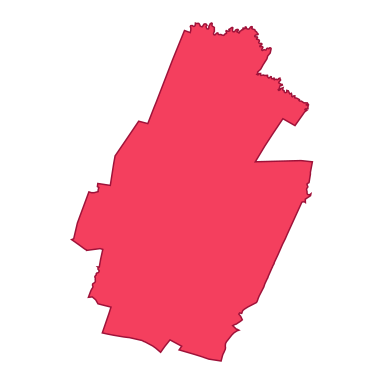 Ineu, Arad, Romania (Robinson projection)
{"feature_id": "2599482B55200534476626", "entity_name": "Ineu", "entity_type": "district", "adm_level": 2, "iso_a3": "ROU", "parent_name": "Romania", "parent_adm1": "Arad", "projection": "robinson", "projection_center": [21.871, 46.429], "detail": "fine", "context": "isolated", "style": "filled", "palette": "rose", "viewbox_px": 384, "rotation_deg": 0, "n_neighbors": 0, "source": "geoboundaries", "source_scale": "gbopen_adm2", "svg_char_len": 5755}
<svg xmlns="http://www.w3.org/2000/svg" viewBox="0 0 384 384"><path d="M221.1,361.0L222.4,356.0L222.9,354.4L224.0,352.2L225.3,349.2L225.5,347.7L225.3,346.1L225.4,344.8L225.5,343.6L226.5,341.7L227.7,340.2L231.8,335.0L233.9,332.9L236.9,330.9L238.9,330.2L237.0,329.2L236.4,329.2L232.7,325.6L235.1,324.4L236.2,324.1L240.7,321.1L242.3,319.8L240.7,316.4L238.8,314.1L239.6,312.9L241.7,313.4L242.7,310.6L244.3,309.2L247.8,307.0L256.3,302.6L256.8,302.0L257.3,300.9L257.9,299.3L258.0,298.8L259.3,295.7L263.8,287.0L264.8,283.9L267.0,279.2L267.8,277.8L268.2,276.4L272.0,267.8L272.5,266.9L272.6,266.3L274.1,263.6L274.2,262.7L278.1,254.4L282.5,244.3L285.3,238.7L287.2,234.3L301.6,202.7L301.9,202.2L302.6,201.9L303.8,201.8L304.4,201.8L305.4,202.5L305.3,199.2L310.5,195.7L310.9,193.8L309.7,194.7L309.0,194.8L307.8,194.5L307.4,194.2L307.2,193.7L307.0,192.8L307.1,192.0L306.6,189.7L306.6,189.1L306.7,188.6L307.8,187.1L307.8,186.4L307.4,185.7L306.9,184.1L307.5,183.7L307.8,183.3L308.9,182.7L309.1,182.2L310.4,174.2L310.4,172.3L312.4,161.8L301.0,160.6L255.3,161.8L264.7,146.2L272.5,134.2L282.9,118.7L295.0,125.6L304.6,112.0L306.8,110.3L304.9,109.7L305.4,108.9L308.0,108.7L307.9,107.5L308.2,105.5L305.7,104.7L308.3,104.5L307.3,102.9L303.9,102.8L302.0,101.5L301.2,101.1L299.9,101.1L299.0,100.5L299.4,99.6L297.0,98.3L296.0,98.0L294.9,97.9L294.7,97.3L294.9,95.9L294.0,95.8L292.3,96.8L291.8,96.4L291.8,95.0L291.4,93.3L289.9,93.9L289.3,93.0L288.3,90.8L286.8,90.4L286.7,92.3L285.2,92.7L284.3,92.0L284.1,90.7L283.1,90.3L282.7,89.2L283.1,87.7L280.5,88.7L280.3,89.6L279.1,90.4L278.6,90.4L278.2,89.7L279.3,88.7L279.5,87.2L280.2,85.6L281.3,85.6L282.4,85.1L282.2,84.4L280.9,84.2L278.7,82.8L279.0,81.9L279.9,80.9L280.6,80.0L280.2,79.3L279.9,78.1L278.6,78.6L278.1,79.4L277.1,79.7L276.1,79.2L274.3,79.8L274.0,79.5L274.2,78.8L274.2,78.2L273.4,78.2L272.7,78.7L271.8,78.7L271.5,78.2L271.2,77.5L271.2,76.7L270.8,76.6L269.2,77.9L268.5,77.9L267.3,76.3L267.6,75.8L267.5,75.3L264.5,75.5L263.7,75.0L263.3,75.3L262.1,75.1L261.0,75.5L260.4,74.6L260.6,73.5L259.8,73.5L258.8,73.5L258.4,74.7L257.5,74.8L256.8,74.3L257.7,73.6L257.6,72.0L260.6,69.3L260.9,68.8L263.1,64.8L266.9,58.9L267.3,57.5L267.6,56.2L267.9,55.7L270.2,53.0L271.1,48.8L271.0,48.3L270.6,47.9L269.8,47.8L269.5,47.9L268.9,48.7L268.6,48.7L268.0,48.3L267.5,48.2L267.1,48.3L266.8,48.5L266.5,48.9L266.3,49.6L266.1,49.9L265.7,50.0L265.2,50.0L264.4,49.7L264.0,49.7L263.7,49.8L262.5,50.5L262.0,50.3L261.8,50.0L261.8,49.5L261.9,49.1L262.8,47.7L262.9,47.4L262.8,47.0L262.4,46.7L261.6,46.5L260.1,46.7L259.9,46.6L259.8,46.4L259.9,46.0L260.3,45.4L261.1,45.0L261.8,44.6L261.9,44.3L261.9,44.0L261.9,43.8L261.3,43.4L259.7,43.4L259.0,43.1L258.7,42.6L258.8,42.1L259.3,41.4L259.4,40.9L259.3,40.3L258.6,39.7L258.1,39.5L256.7,39.3L256.5,39.0L256.6,38.7L257.3,37.9L257.5,37.6L257.4,37.1L257.1,36.9L255.3,36.8L254.9,36.7L254.7,36.4L254.7,36.0L255.2,35.3L255.8,35.1L257.8,34.6L258.1,34.4L258.1,34.2L258.0,33.8L257.0,32.8L256.7,32.1L256.2,31.6L255.3,31.0L254.9,29.9L254.7,29.6L253.1,29.2L251.9,28.6L251.8,28.3L252.2,27.4L252.2,27.0L252.1,26.7L251.8,26.6L251.2,26.7L250.7,26.9L250.4,27.2L249.3,28.7L248.6,29.1L247.4,29.0L246.8,28.7L246.5,28.4L246.3,27.3L246.0,27.0L245.7,26.9L245.3,27.0L245.1,27.2L245.0,28.5L244.7,28.7L244.4,28.7L244.0,28.6L243.5,28.1L243.2,28.0L242.9,28.2L242.9,28.5L243.1,29.2L243.1,29.5L242.7,29.8L241.7,29.9L240.9,30.8L239.6,31.4L239.4,32.0L239.5,32.6L239.3,32.9L239.0,33.0L238.7,32.9L238.1,32.3L237.1,32.0L236.9,31.8L236.9,31.6L237.5,30.9L238.1,30.5L238.3,30.1L238.2,29.7L237.8,29.4L237.1,29.4L236.2,29.7L235.5,30.1L235.1,31.0L234.8,31.3L234.4,31.7L233.9,31.8L233.1,31.7L232.7,31.1L232.5,30.6L232.5,29.7L232.8,28.2L232.8,27.7L232.5,27.5L232.2,27.4L231.6,27.6L229.9,28.9L228.9,29.4L228.9,29.7L229.7,30.5L229.8,30.8L229.6,30.9L228.8,31.2L228.1,31.3L227.6,31.2L226.6,30.6L226.2,30.6L226.1,30.8L226.0,31.4L226.5,32.8L226.5,33.3L226.1,33.5L225.1,33.8L224.7,34.5L224.2,34.8L223.9,35.3L223.7,35.4L222.1,35.1L220.9,34.5L220.6,34.5L219.4,34.6L218.7,34.6L218.1,34.1L218.0,33.1L217.8,33.0L217.5,32.9L216.7,33.1L216.2,33.5L215.6,34.4L215.3,34.7L214.9,34.9L214.5,34.9L213.9,34.7L213.7,34.4L213.5,33.8L213.8,32.5L214.5,31.0L214.2,30.0L214.4,29.4L214.3,29.0L214.4,27.7L214.2,27.3L212.4,26.2L212.1,25.8L211.9,25.1L212.1,24.4L212.2,23.5L211.7,23.0L210.9,23.3L210.2,23.7L209.9,24.6L208.9,26.2L208.8,27.7L208.7,28.5L208.3,28.9L207.6,28.9L207.1,28.9L206.3,27.5L206.1,27.0L206.0,26.4L207.0,25.4L206.4,24.3L205.9,24.0L205.3,23.9L204.7,23.9L203.9,24.2L202.4,26.7L201.6,26.7L201.2,26.6L200.2,26.0L199.3,24.0L198.7,23.4L198.1,23.3L196.6,23.5L196.1,23.4L195.7,23.2L195.4,23.1L195.2,25.4L194.7,26.0L194.2,26.4L193.4,26.4L192.6,25.7L192.1,25.5L191.3,25.6L191.0,25.5L191.0,25.2L190.3,26.5L190.8,28.1L190.8,30.1L190.2,32.6L184.5,30.5L172.7,59.5L156.3,102.0L153.9,107.9L147.8,123.6L138.7,121.2L127.4,137.9L115.1,155.9L113.7,163.6L110.3,185.4L97.8,183.5L97.4,186.6L98.8,187.5L98.1,190.2L98.2,191.6L94.1,192.7L91.5,192.7L88.9,191.9L77.4,223.0L73.7,238.8L71.6,239.6L79.4,245.1L84.7,249.0L85.6,249.5L86.4,249.8L86.5,250.4L100.1,248.6L102.8,249.4L100.6,259.4L99.3,267.0L97.6,266.9L98.3,267.6L97.9,269.0L99.2,270.8L99.0,271.6L98.5,272.4L97.6,272.9L96.8,273.0L96.2,273.8L96.3,274.6L96.2,275.0L95.6,275.4L94.9,276.5L94.8,277.0L95.1,277.4L95.3,278.4L95.3,279.0L95.2,279.7L95.4,281.1L95.3,281.6L94.6,282.6L92.9,283.7L92.6,284.1L92.5,285.3L92.9,286.3L92.9,286.7L92.7,287.7L92.0,288.6L91.4,289.7L90.6,291.4L88.4,297.3L92.3,296.9L95.7,299.8L98.0,303.8L105.0,305.6L111.0,307.1L109.0,313.4L102.3,332.9L107.3,334.0L114.0,335.3L123.5,336.9L128.3,337.5L129.0,337.5L142.1,340.5L144.1,341.6L144.9,341.8L152.6,345.9L155.7,348.1L160.6,352.3L164.8,346.4L170.0,339.9L181.7,346.2L179.1,349.9L194.5,354.4L200.3,356.2L208.8,359.1L221.1,361.0Z" fill="#f43f5e" stroke="#9f1239" stroke-width="1.5"/></svg>